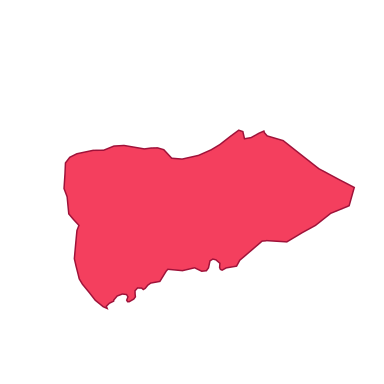 the district of Ayamelum, Anambra, Nigeria, rotated 239°
{"feature_id": "59680162B31003411858547", "entity_name": "Ayamelum", "entity_type": "district", "adm_level": 2, "iso_a3": "NGA", "parent_name": "Nigeria", "parent_adm1": "Anambra", "projection": "natural_earth1", "projection_center": [6.989, 6.555], "detail": "fine", "context": "isolated", "style": "filled", "palette": "rose", "viewbox_px": 384, "rotation_deg": 239, "n_neighbors": 0, "source": "geoboundaries", "source_scale": "gbopen_adm2", "svg_char_len": 1367}
<svg xmlns="http://www.w3.org/2000/svg" viewBox="0 0 384 384"><g transform="rotate(239 192 192)"><path d="M135.9,59.3L138.2,59.7L139.2,63.8L138.8,68.6L139.7,69.3L141.4,74.3L140.4,79.8L137.8,83.1L135.1,83.1L132.9,80.3L131.1,80.3L130.3,81.7L130.2,86.9L131.3,89.5L133.9,90.7L136.7,92.3L137.8,95.9L135.5,99.4L133.5,100.0L133.5,102.3L134.9,106.1L135.2,109.7L131.9,118.4L137.5,129.2L138.2,131.5L129.5,143.3L125.7,155.2L119.1,159.5L117.1,163.8L118.5,167.1L123.7,171.9L123.8,175.3L121.5,177.6L116.5,179.2L113.1,176.8L111.0,176.5L109.5,177.6L109.3,182.3L105.5,192.0L108.9,197.8L113.8,226.8L112.1,230.2L112.0,230.8L100.4,247.6L100.4,253.9L100.4,265.3L99.8,280.8L102.3,299.9L99.3,319.6L112.3,333.4L127.0,324.4L146.6,312.7L170.0,303.8L189.1,296.6L201.4,285.3L205.6,284.6L207.2,285.0L207.9,279.6L208.1,273.4L208.2,270.6L210.6,264.4L217.6,266.7L220.9,263.9L220.4,258.5L220.0,254.2L218.3,240.2L218.3,230.1L220.0,216.5L225.3,200.5L231.4,192.0L242.8,189.6L246.5,186.2L247.5,185.3L250.8,179.5L253.5,173.3L266.9,157.7L271.6,148.7L273.3,137.8L278.4,129.1L278.7,128.5L281.7,119.9L284.1,112.9L284.7,105.1L282.1,98.5L272.7,92.3L269.4,90.0L260.9,84.1L252.2,82.5L236.7,75.1L229.3,76.3L221.6,77.9L218.3,73.6L217.1,72.7L207.2,65.4L195.4,56.8L188.4,54.5L180.4,52.1L175.6,50.6L169.3,50.6L158.5,52.2L149.1,53.3L139.4,56.8L135.9,59.3Z" fill="#f43f5e" stroke="#9f1239" stroke-width="1.5"/></g></svg>